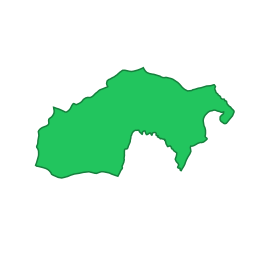 La Victoria, Boyacá, Colombia, rotated 44°
{"feature_id": "7082276B50936254037238", "entity_name": "La Victoria", "entity_type": "district", "adm_level": 2, "iso_a3": "COL", "parent_name": "Colombia", "parent_adm1": "Boyacá", "projection": "orthographic", "projection_center": [-74.222, 5.516], "detail": "fine", "context": "isolated", "style": "filled", "palette": "green", "viewbox_px": 256, "rotation_deg": 44, "n_neighbors": 0, "source": "geoboundaries", "source_scale": "gbopen_adm2", "svg_char_len": 5194}
<svg xmlns="http://www.w3.org/2000/svg" viewBox="0 0 256 256"><g transform="rotate(44 128 128)"><path d="M154.2,169.7L153.8,168.3L153.2,166.2L152.4,163.9L152.1,162.5L152.1,161.4L151.6,160.5L150.9,160.1L150.2,159.5L150.0,158.7L149.5,157.5L148.8,155.7L148.1,154.6L147.3,153.4L146.1,152.5L145.5,151.6L144.4,150.1L143.4,149.2L142.3,148.0L141.5,147.2L140.6,145.9L140.6,145.1L140.9,144.5L141.6,144.0L141.8,143.5L141.7,142.6L141.3,141.7L140.7,140.6L140.2,139.2L139.6,137.6L139.1,136.4L138.3,135.4L137.7,134.5L137.2,133.6L136.9,133.2L136.1,132.2L135.7,131.7L135.6,130.9L135.2,130.1L134.7,129.2L134.4,127.9L134.4,126.5L134.5,125.5L134.9,124.5L135.7,123.8L136.4,123.0L137.3,122.1L138.0,122.3L138.7,122.7L139.8,122.8L140.4,122.7L141.8,122.8L142.5,122.7L142.5,122.3L141.9,121.5L141.5,121.2L141.4,120.7L141.3,119.8L141.6,119.1L142.1,118.4L142.5,118.4L143.0,118.7L143.8,119.2L145.1,119.7L145.8,119.9L146.3,119.5L146.7,118.4L146.9,117.0L147.2,116.4L147.8,116.0L148.3,116.2L148.9,116.5L149.7,116.7L150.1,116.6L150.1,116.1L149.7,115.6L149.3,114.9L149.2,114.4L149.7,113.4L150.5,112.5L151.1,112.2L151.9,112.3L152.2,112.4L152.5,112.9L152.9,113.5L153.6,113.6L154.0,113.4L154.7,112.8L155.1,112.8L155.1,113.3L155.4,113.8L155.9,113.7L156.9,113.4L157.6,113.1L158.6,113.3L159.1,113.0L159.4,112.3L160.1,112.1L160.8,111.7L161.7,111.1L162.2,110.7L162.7,110.7L162.8,111.0L162.9,111.4L163.1,111.5L164.0,111.3L164.4,111.5L164.7,111.8L165.5,112.4L166.6,113.0L167.8,113.3L168.7,113.7L169.4,113.8L170.0,113.0L170.4,112.0L171.0,111.5L171.5,111.6L172.0,111.7L172.4,111.7L172.8,111.9L173.0,112.1L173.6,112.5L174.1,112.5L174.8,112.1L175.4,112.2L176.3,112.5L177.3,112.5L178.3,112.3L179.3,112.2L180.2,112.0L180.9,112.6L181.7,113.7L182.3,114.7L182.9,116.0L183.4,117.2L183.9,117.8L184.5,118.0L185.2,118.3L186.1,118.6L187.0,118.7L188.4,118.7L189.5,119.1L190.1,119.4L190.4,120.1L190.7,121.2L190.9,121.7L191.4,121.9L192.1,121.8L192.6,121.4L193.1,121.0L193.5,120.9L193.9,121.1L194.3,121.7L194.9,122.0L195.4,122.0L195.9,121.7L195.4,120.1L194.8,117.2L194.1,114.8L192.9,112.2L192.1,110.2L191.1,106.8L190.5,103.8L189.5,101.2L187.9,99.9L186.5,98.9L185.7,97.5L186.7,96.5L187.5,95.1L188.2,93.1L188.9,90.5L190.0,88.3L191.1,87.3L192.1,85.6L192.5,82.9L192.6,81.2L192.1,80.6L191.5,80.6L190.4,80.8L189.0,80.3L188.7,79.5L187.4,77.9L186.5,77.0L185.2,75.7L183.2,74.4L180.9,73.5L179.3,72.3L177.1,70.6L175.8,68.9L174.9,66.5L174.6,64.9L174.6,61.4L175.1,59.1L176.2,57.5L176.6,57.0L177.0,56.0L177.6,55.2L178.3,54.7L178.9,54.3L179.8,54.0L180.9,53.5L181.6,53.1L182.1,52.7L182.6,52.5L184.0,52.0L184.8,51.4L185.3,50.4L185.6,50.0L186.2,50.6L186.6,51.3L186.7,51.9L186.5,53.3L186.5,54.6L186.5,55.8L187.2,56.7L188.4,58.0L189.3,58.4L190.3,58.6L191.1,58.5L192.3,58.3L193.8,58.1L194.5,57.7L195.0,57.2L195.4,56.4L195.4,55.2L195.0,51.0L194.7,46.6L193.2,42.9L192.5,42.2L191.3,42.0L189.4,42.0L188.8,42.0L187.8,41.8L187.1,41.7L186.5,41.9L185.8,42.1L185.0,42.0L184.2,41.9L183.6,42.0L183.0,41.9L181.9,41.5L181.0,40.8L180.3,40.4L179.9,40.5L179.2,40.7L178.7,41.1L178.3,41.0L177.8,40.6L177.2,40.4L176.7,40.8L176.1,41.5L175.5,41.8L174.5,42.0L173.5,41.8L172.9,41.3L171.7,41.2L171.0,41.4L170.2,41.6L169.4,41.3L168.4,41.2L167.4,41.4L166.1,41.1L165.3,40.5L164.4,40.2L163.4,39.7L162.7,38.9L162.2,37.5L161.3,37.2L160.0,37.0L159.4,37.7L158.8,39.0L157.9,40.4L155.4,43.2L152.6,48.3L150.9,50.6L149.2,53.8L148.1,55.4L147.7,56.9L145.2,59.9L142.3,60.8L140.8,61.0L138.7,61.1L136.9,60.9L134.6,60.7L132.1,60.7L130.1,61.1L128.3,61.4L126.3,61.8L124.5,62.6L122.5,63.8L120.7,64.8L119.9,65.5L119.4,66.3L118.1,67.5L116.2,68.3L115.0,68.5L113.9,69.1L111.9,70.1L109.4,71.4L108.2,72.3L105.5,74.0L102.9,75.0L100.9,75.0L99.0,74.6L97.1,74.0L96.8,75.0L95.9,77.2L94.6,79.9L93.8,81.2L92.6,83.2L91.3,84.9L89.5,86.3L87.3,87.6L85.7,88.6L84.1,90.2L83.9,91.0L83.7,92.3L83.4,93.6L83.4,94.5L83.2,95.7L83.3,96.8L82.9,98.7L82.6,100.6L81.6,103.4L81.2,105.1L80.5,106.5L80.4,107.4L80.3,108.5L80.9,109.7L81.8,111.0L83.2,111.8L84.6,112.1L84.8,112.5L84.2,113.8L83.6,115.1L82.6,117.4L81.3,120.1L81.0,121.9L81.0,123.2L80.6,125.7L80.6,128.7L80.4,130.4L79.9,131.9L79.3,132.7L77.7,134.1L76.6,136.0L76.4,137.2L76.1,138.3L76.3,140.2L76.4,140.9L76.3,142.1L75.9,143.9L75.2,145.7L74.7,146.9L74.3,147.3L73.1,147.7L72.4,147.9L71.9,148.2L71.7,149.1L72.1,151.1L73.1,154.3L73.2,156.6L72.9,158.4L72.6,159.4L71.8,160.1L69.6,160.8L67.0,161.7L64.9,162.5L62.6,163.7L60.8,164.4L60.1,164.8L61.0,165.5L62.7,166.7L63.8,167.8L64.6,169.1L65.2,171.3L65.4,173.0L65.1,174.6L64.9,176.0L65.0,176.8L65.9,178.0L66.8,178.7L67.8,179.6L68.2,180.4L68.3,181.4L67.9,183.2L67.0,185.1L66.0,187.3L65.5,189.5L65.6,191.7L66.0,192.9L67.4,193.9L69.1,195.3L70.7,197.7L71.9,199.5L73.7,201.6L74.5,203.0L75.0,204.6L75.8,205.3L77.3,205.6L78.4,206.0L79.6,206.7L81.8,208.8L83.1,210.4L84.7,213.4L86.5,216.8L87.4,219.0L88.7,218.9L90.5,217.7L92.9,216.3L95.1,215.1L97.2,214.1L99.4,213.5L101.3,213.4L103.6,213.7L104.5,214.1L105.2,214.3L107.0,213.9L108.8,213.2L112.1,212.0L115.0,210.0L116.7,207.4L117.3,206.3L118.2,204.9L119.5,201.8L121.4,198.3L124.4,194.4L126.7,190.9L130.3,186.6L133.0,185.0L135.5,183.6L136.9,182.5L138.1,180.0L138.8,178.6L139.4,177.7L140.9,176.4L143.4,174.8L145.8,173.3L148.2,172.5L152.4,170.6L154.2,169.7Z" fill="#22c55e" stroke="#15803d" stroke-width="1.5"/></g></svg>